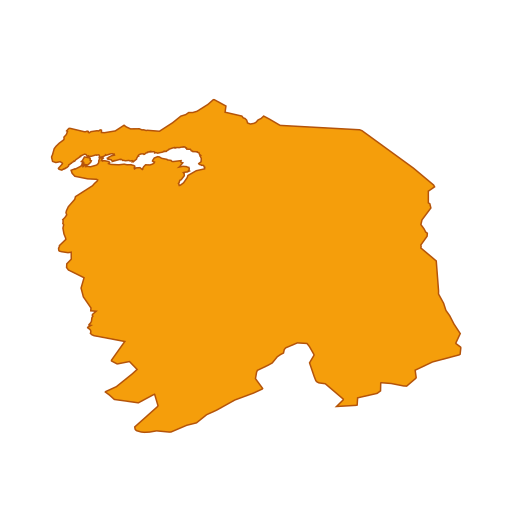 the district of Beiarn nor, Nordland, Norway, rotated 346°
{"feature_id": "86288312B82396448317791", "entity_name": "Beiarn nor", "entity_type": "district", "adm_level": 2, "iso_a3": "NOR", "parent_name": "Norway", "parent_adm1": "Nordland", "projection": "natural_earth1", "projection_center": [14.512, 66.892], "detail": "fine", "context": "isolated", "style": "filled", "palette": "amber", "viewbox_px": 512, "rotation_deg": 346, "n_neighbors": 0, "source": "geoboundaries", "source_scale": "gbopen_adm2", "svg_char_len": 6044}
<svg xmlns="http://www.w3.org/2000/svg" viewBox="0 0 512 512"><g transform="rotate(346 256 256)"><path d="M446.0,232.1L445.5,230.1L430.0,208.8L389.2,160.1L387.1,158.6L311.0,135.1L302.0,126.3L297.3,122.1L294.2,123.8L290.9,124.5L288.3,126.3L286.2,126.8L282.5,126.6L280.0,124.9L279.8,121.9L278.5,119.8L277.1,119.0L276.1,116.8L260.8,109.0L263.1,103.2L253.3,94.2L252.4,94.0L246.0,97.3L233.8,101.3L229.4,101.5L225.4,100.5L222.1,101.8L216.9,102.1L207.4,106.5L192.5,111.6L180.9,107.7L179.8,107.7L177.6,106.4L175.8,106.0L173.5,104.3L165.0,102.3L161.3,99.3L159.6,97.2L149.7,100.6L138.8,99.7L135.9,98.8L136.5,96.6L136.0,96.1L135.1,96.0L133.6,96.6L132.0,96.0L125.9,95.4L124.0,96.1L123.2,95.6L123.4,94.6L122.4,94.0L120.5,94.2L119.5,93.9L106.8,87.3L105.5,86.9L104.7,87.3L102.5,88.8L103.2,89.6L101.4,92.2L98.4,94.2L98.1,96.0L97.4,96.8L92.4,98.9L88.6,101.1L86.2,103.0L82.8,108.9L81.8,110.0L81.5,111.1L81.5,115.0L84.4,116.9L88.8,117.1L90.5,118.9L90.6,119.5L90.1,120.0L85.5,123.1L85.7,124.0L86.3,124.5L88.4,125.7L90.2,125.0L90.9,124.9L90.9,125.2L92.5,124.9L92.6,124.5L94.0,124.4L95.9,123.3L96.4,122.2L97.5,122.1L98.5,121.3L99.2,121.4L100.4,120.6L102.3,120.2L102.3,119.9L103.0,120.1L104.4,119.0L108.7,117.4L108.9,117.1L109.9,117.1L109.9,116.5L114.4,115.7L115.7,116.5L116.4,118.2L117.6,118.2L117.6,118.8L120.4,119.4L125.3,119.2L125.6,119.6L127.7,119.7L128.3,120.3L128.3,121.3L127.8,122.2L128.8,122.5L132.0,122.5L134.7,121.8L134.7,121.5L135.4,122.0L139.6,121.7L141.4,122.0L142.1,122.6L143.0,122.7L143.1,123.9L140.0,123.8L136.9,124.6L136.5,125.3L135.5,125.0L135.3,125.7L135.7,126.2L138.8,127.6L139.4,129.2L140.8,129.2L140.4,129.5L147.7,129.3L147.8,129.7L148.8,129.7L149.9,131.1L150.6,131.1L152.3,132.0L155.8,132.5L156.9,133.4L159.0,133.5L159.5,134.0L159.0,134.5L159.7,134.5L159.7,134.9L163.5,133.1L164.0,132.1L165.5,130.7L166.2,130.7L166.0,130.1L166.9,129.5L169.0,129.1L171.4,129.6L171.8,130.3L172.5,130.3L173.9,129.5L175.9,129.4L175.9,129.0L178.7,129.0L178.4,129.4L182.2,130.1L182.8,130.8L182.6,131.5L184.0,131.5L185.4,132.4L190.6,132.6L192.0,132.1L192.0,132.5L194.1,132.5L194.1,132.8L194.5,132.8L195.1,132.2L197.0,131.8L197.2,131.4L201.4,131.0L203.1,131.0L203.1,131.4L204.2,131.4L204.2,131.7L205.6,131.6L207.7,132.3L209.8,132.3L212.6,132.9L212.5,132.6L213.4,132.9L214.0,134.3L214.7,134.3L214.7,135.6L218.2,136.6L218.7,138.4L219.8,138.9L219.9,139.4L224.1,140.6L224.0,141.0L225.7,142.2L225.7,143.6L226.6,144.8L225.9,144.8L225.8,145.4L226.1,145.7L226.5,148.2L225.5,151.3L222.2,152.7L222.9,152.7L223.4,153.6L224.8,154.3L225.0,154.8L226.6,155.2L227.3,156.2L227.3,157.5L227.7,157.6L227.2,159.0L218.7,158.8L209.4,161.4L208.3,163.2L203.4,167.5L199.5,169.1L197.9,169.0L198.8,168.8L198.3,166.8L199.0,166.4L200.4,164.1L201.9,163.9L205.8,160.8L206.2,158.9L205.9,158.4L206.5,157.9L206.1,157.5L208.7,157.6L209.3,157.9L211.9,157.4L211.2,156.8L211.9,156.3L212.4,155.1L212.2,154.2L212.3,153.8L211.1,153.3L210.3,152.5L206.8,151.3L203.0,151.1L204.2,150.5L205.0,149.6L207.5,147.9L205.9,146.9L205.7,146.0L206.1,145.7L205.9,145.6L206.1,145.3L198.2,144.3L197.1,143.7L196.7,142.7L193.2,141.3L193.0,140.7L188.1,138.4L186.2,136.5L184.6,135.8L181.0,136.3L178.8,138.3L178.5,138.9L178.9,139.4L180.3,140.3L179.7,141.1L177.8,141.8L175.2,142.0L170.9,140.8L168.5,142.3L167.3,143.6L167.1,144.4L166.6,144.6L164.8,142.2L161.0,141.5L159.2,142.1L159.1,141.1L159.9,140.3L160.1,139.5L159.4,138.7L156.9,137.2L153.0,136.3L150.3,135.0L144.9,134.3L137.3,132.0L135.3,130.7L136.6,129.9L136.0,128.8L132.8,127.2L131.2,126.6L130.4,126.8L130.4,126.4L129.0,126.0L129.9,124.8L131.5,124.1L131.3,123.7L130.4,123.7L130.6,123.2L127.7,123.2L127.6,123.9L126.3,125.8L126.4,126.4L125.4,128.0L123.4,129.2L117.0,129.4L114.1,128.3L112.5,128.1L113.2,127.1L112.2,126.4L110.1,127.3L110.2,127.0L109.7,126.8L110.1,126.0L111.5,125.6L114.5,126.8L115.9,126.4L118.2,125.1L119.3,123.8L118.2,122.9L118.6,121.9L118.4,121.5L118.7,121.1L118.5,120.6L113.5,118.4L110.5,121.6L108.7,122.3L110.8,122.2L110.3,122.4L111.1,123.0L110.4,123.7L110.8,123.9L110.1,124.1L110.3,124.3L109.7,124.8L111.0,124.8L111.7,125.4L110.1,125.9L109.3,125.6L107.8,126.5L101.4,128.0L101.3,127.6L97.3,128.1L97.6,131.3L99.5,134.8L111.3,140.4L119.8,143.0L120.8,143.9L120.1,144.8L116.9,146.5L114.3,148.3L95.2,154.7L93.8,157.2L85.9,162.7L83.1,166.1L82.1,168.0L82.3,170.3L79.8,172.5L77.3,174.0L77.5,174.4L77.0,176.5L76.4,177.8L76.9,178.8L76.9,179.3L75.4,182.2L75.0,188.1L75.6,192.4L75.5,193.9L67.8,198.3L67.5,199.3L66.3,200.7L66.0,202.7L66.3,203.6L68.2,204.7L74.4,207.3L77.6,207.6L76.0,214.4L70.5,217.8L69.4,221.4L70.6,224.2L83.9,235.5L78.5,244.8L78.6,253.9L83.3,266.5L82.4,269.2L87.5,270.9L83.2,273.1L82.8,274.1L83.1,274.9L81.9,276.1L80.5,279.6L79.3,280.9L77.3,282.2L77.2,282.6L79.1,283.4L75.4,284.5L75.3,284.9L77.2,287.2L77.5,288.3L77.4,289.7L76.6,291.0L77.7,292.7L79.5,294.1L108.0,307.2L90.5,322.2L90.4,322.9L95.0,327.0L95.6,327.2L107.7,327.8L113.2,337.3L107.5,340.4L88.9,349.0L77.2,351.2L76.9,351.5L80.2,355.5L83.8,360.9L106.3,370.0L122.0,366.0L124.1,365.6L124.2,365.9L124.7,377.6L123.8,378.4L97.0,392.5L96.8,394.7L97.1,395.6L98.0,396.7L102.0,399.0L105.1,400.1L110.2,401.1L117.2,401.6L129.4,405.9L131.0,406.2L147.8,403.5L157.9,403.5L169.8,398.0L180.7,396.0L200.6,390.6L220.4,388.4L229.9,386.6L230.4,386.1L225.8,374.9L228.5,368.8L229.7,367.3L241.4,364.9L245.9,363.7L252.3,358.9L256.1,357.5L259.2,356.8L260.8,353.6L262.6,352.3L275.1,350.3L284.3,353.2L285.9,356.7L288.4,365.6L288.2,366.4L282.1,372.6L283.3,387.0L283.9,391.5L284.7,392.9L286.3,394.3L292.3,396.7L306.1,416.0L305.8,416.7L297.7,421.5L316.9,425.1L318.1,425.1L320.3,418.2L340.3,418.6L344.2,417.0L346.3,409.4L346.7,409.2L356.3,412.4L367.8,417.8L370.7,418.7L381.5,413.3L382.0,412.7L382.8,405.3L401.7,401.5L429.2,401.1L430.3,400.7L432.5,394.7L432.5,393.9L428.8,389.3L428.9,388.7L435.4,380.7L431.6,369.8L429.5,360.8L427.1,354.7L426.6,347.3L423.9,337.0L424.7,334.0L429.7,304.4L417.9,288.1L418.5,286.8L418.6,285.2L426.8,278.2L427.7,275.6L427.5,274.9L426.5,274.0L425.6,270.3L423.6,265.4L425.8,261.1L437.3,251.7L437.3,247.4L436.1,246.1L438.9,234.8L446.0,232.1Z" fill="#f59e0b" stroke="#b45309" stroke-width="1.5"/></g></svg>